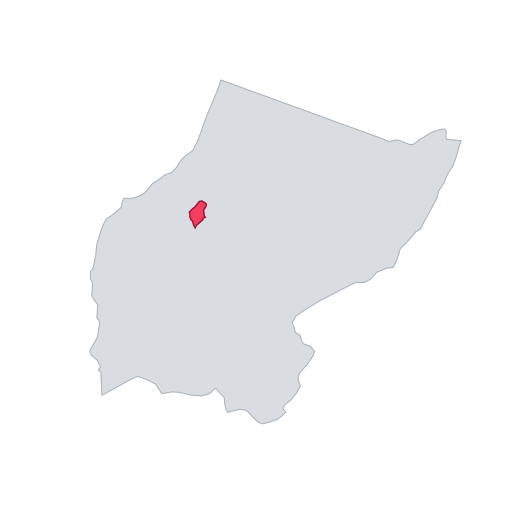 Kaliro highlighted on a map of Uganda, rotated 200°
{"feature_id": "UGA-3071", "entity_name": "Kaliro", "entity_type": "County", "adm_level": 1, "iso_a3": "UGA", "parent_name": "Uganda", "parent_adm1": "", "projection": "robinson", "projection_center": [33.471, 1.074], "detail": "fine", "context": "in_parent", "style": "filled", "palette": "rose", "viewbox_px": 512, "rotation_deg": 200, "n_neighbors": 0, "source": "natural_earth", "source_scale": "10m", "svg_char_len": 2803}
<svg xmlns="http://www.w3.org/2000/svg" viewBox="0 0 512 512"><g transform="rotate(200 256 256)"><path d="M349.1,409.4L342.8,409.4L332.7,409.4L322.6,409.4L312.5,409.4L302.3,409.4L292.2,409.4L282.1,409.4L271.9,409.4L261.8,409.4L251.7,409.4L241.6,409.4L231.4,409.4L221.3,409.4L211.2,409.4L201.0,409.4L190.9,409.4L180.8,409.4L174.8,409.4L173.6,409.2L172.8,408.9L168.9,409.7L165.0,412.6L160.8,413.8L156.3,413.3L155.7,413.6L153.4,413.5L150.2,413.3L147.2,414.1L144.9,416.6L142.6,420.8L138.5,425.7L135.2,430.0L132.5,433.0L126.1,438.1L122.7,439.6L121.0,439.3L119.9,438.4L118.0,431.9L116.7,430.9L104.4,434.2L102.6,434.3L102.7,432.3L101.8,417.1L101.7,407.8L103.3,402.0L104.2,395.3L104.3,389.3L106.6,379.3L105.7,373.2L108.6,352.1L109.4,348.6L110.5,338.4L112.3,335.2L113.9,334.0L116.1,327.7L120.1,317.7L122.9,312.5L122.3,301.2L122.8,293.6L123.4,291.9L129.3,289.0L137.1,281.9L140.3,273.6L145.0,268.2L153.9,264.8L180.4,236.1L192.7,220.7L198.1,212.8L198.3,210.0L199.3,206.2L197.1,203.3L194.6,200.7L193.7,198.3L191.5,197.0L188.4,197.1L186.3,195.3L183.9,191.8L181.5,189.7L174.0,189.8L168.2,186.3L168.3,181.5L170.6,171.9L175.0,161.0L175.2,158.0L174.6,155.4L173.5,153.3L171.6,151.1L169.7,148.5L171.2,140.6L173.9,132.9L176.2,129.1L178.4,124.8L177.8,121.2L174.5,119.5L176.2,116.0L179.7,110.2L186.5,104.4L192.4,100.5L196.4,100.4L204.1,103.6L211.1,107.3L214.9,107.4L219.6,105.9L229.2,99.4L231.5,101.4L234.3,105.4L237.4,112.0L243.4,114.9L246.3,117.0L248.4,117.6L249.6,117.1L251.9,111.9L254.7,109.1L259.8,105.6L271.1,102.8L279.2,101.9L282.7,101.3L288.4,99.6L297.5,94.4L306.4,101.2L316.1,102.5L325.5,102.4L328.3,100.4L330.0,98.8L339.8,87.6L353.2,72.4L362.1,93.8L365.1,95.0L364.7,96.9L364.0,98.7L369.8,103.9L376.9,106.5L379.5,109.2L379.7,112.0L377.3,124.5L377.8,128.1L380.1,140.6L384.3,143.4L388.1,156.0L395.8,161.4L396.9,162.9L398.6,169.0L401.0,175.7L402.8,177.2L403.9,177.6L406.2,184.7L404.9,188.7L406.6,200.8L409.5,211.7L410.3,224.6L410.3,230.3L410.2,233.8L409.6,238.7L408.2,241.5L405.8,244.3L403.1,248.7L400.7,253.3L399.2,255.6L400.4,262.6L400.1,264.4L399.5,265.3L396.0,266.4L391.6,268.2L388.9,270.1L385.1,273.7L382.0,277.5L378.0,288.8L371.3,297.5L370.1,300.4L363.8,305.7L361.0,312.1L359.2,320.1L356.7,325.7L351.4,333.5L350.1,345.8L350.3,370.4L348.9,398.4L349.1,409.4Z" fill="#d9dde1" stroke="#a8b0b8" stroke-width="1"/><path d="M327.9,287.9L325.7,289.2L324.8,289.0L323.8,288.7L322.0,288.5L320.3,287.7L320.0,285.6L320.9,281.2L320.0,279.0L319.4,278.1L318.9,277.0L318.1,275.8L316.9,275.1L318.4,273.7L318.5,272.8L318.4,271.9L319.3,270.2L320.3,268.5L321.1,266.7L322.2,265.1L322.7,263.5L322.8,261.7L324.5,263.1L326.0,264.8L327.5,267.1L328.1,267.2L328.9,267.5L330.4,268.9L331.6,270.4L332.4,272.6L333.7,274.6L332.8,276.1L332.1,277.9L331.4,279.3L330.4,280.6L327.9,287.9Z" fill="#f43f5e" stroke="#9f1239" stroke-width="1.5"/></g></svg>